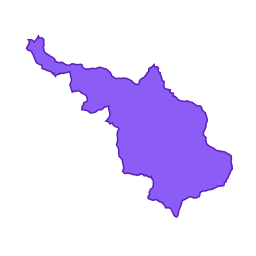 outline of Frodisia, Nicosia, Cyprus, rotated 274°
{"feature_id": "46923920B95052440954476", "entity_name": "Frodisia", "entity_type": "district", "adm_level": 2, "iso_a3": "CYP", "parent_name": "Cyprus", "parent_adm1": "Nicosia", "projection": "albers", "projection_center": [32.668, 35.09], "detail": "fine", "context": "isolated", "style": "filled", "palette": "violet", "viewbox_px": 256, "rotation_deg": 274, "n_neighbors": 0, "source": "geoboundaries", "source_scale": "gbopen_adm2", "svg_char_len": 5697}
<svg xmlns="http://www.w3.org/2000/svg" viewBox="0 0 256 256"><g transform="rotate(274 128 128)"><path d="M105.5,233.0L105.7,232.8L106.5,232.9L107.2,233.0L107.8,232.6L108.3,231.1L109.1,230.4L109.3,229.3L109.8,228.4L110.3,227.5L110.6,226.7L111.1,225.4L111.0,223.5L111.5,221.7L111.5,220.5L111.6,218.8L111.8,217.9L112.3,216.9L112.9,216.1L113.5,215.2L114.2,213.9L114.6,212.8L115.0,211.7L115.5,210.6L116.0,209.8L116.6,209.0L117.2,208.3L117.7,207.7L118.5,207.2L120.1,206.9L121.4,206.4L122.3,206.2L123.1,206.7L123.8,206.5L124.6,205.8L125.1,204.8L126.2,204.1L127.1,203.7L128.6,203.6L130.1,204.0L131.4,204.5L132.8,205.2L134.8,205.7L135.8,205.6L137.7,205.5L139.5,206.3L140.9,206.6L142.1,206.4L143.5,206.0L145.5,205.3L146.9,204.7L148.5,204.1L149.2,203.1L150.5,201.6L151.2,200.7L153.0,200.3L154.5,199.3L155.2,198.1L154.8,196.6L155.3,194.9L156.0,193.4L157.9,190.5L158.2,188.8L158.4,187.2L159.3,185.3L158.5,183.2L158.7,179.8L158.8,178.2L159.5,176.8L160.0,175.8L160.4,175.0L161.4,174.6L162.0,173.7L162.9,172.5L162.5,171.4L163.1,170.6L164.3,171.0L165.7,170.8L166.2,170.0L166.1,168.4L166.4,167.3L167.6,167.5L169.2,167.5L169.0,166.3L169.5,164.9L169.4,163.3L170.2,161.6L171.8,161.1L172.9,160.9L174.7,160.5L175.6,160.9L177.1,160.7L177.5,158.9L178.4,158.6L180.4,158.1L181.4,157.5L183.0,157.1L184.1,156.1L185.4,156.3L186.0,154.8L187.8,153.7L189.4,154.4L190.8,153.4L191.3,152.5L190.4,150.8L191.4,150.1L193.1,149.6L191.9,148.6L190.9,147.7L190.0,147.5L189.9,146.0L189.0,145.7L188.7,144.6L187.3,144.6L185.9,144.8L184.8,143.6L183.7,142.8L182.5,142.7L181.3,141.6L179.5,140.4L178.8,138.8L178.1,138.0L177.2,137.2L176.4,136.5L175.3,136.1L174.1,135.9L172.9,135.9L172.2,134.5L172.2,132.9L173.5,130.2L174.6,129.1L175.3,128.4L175.8,127.2L176.5,125.6L177.0,124.2L177.3,123.2L177.5,121.8L177.5,120.2L177.3,118.9L176.9,117.7L177.1,116.5L177.0,115.0L176.7,113.9L176.4,112.4L177.3,110.7L178.6,108.4L179.6,107.8L180.7,107.4L181.9,106.6L182.7,105.7L183.3,104.7L184.2,104.0L184.9,102.7L185.4,101.8L185.6,100.7L185.6,99.8L185.8,99.0L186.4,97.3L186.7,96.0L186.2,94.3L185.9,93.4L185.4,92.5L184.8,90.5L185.0,89.0L184.9,86.9L183.9,85.3L184.2,84.1L183.8,83.2L184.0,82.4L184.0,81.2L184.3,80.3L185.0,78.9L186.1,78.0L188.0,77.6L188.3,75.8L187.6,73.9L187.9,70.3L188.2,68.9L188.1,67.4L187.4,66.7L186.6,65.5L186.5,63.0L186.8,61.7L187.5,60.4L187.9,59.5L188.8,58.3L188.9,56.6L188.1,55.5L188.7,53.9L188.7,52.5L189.4,51.7L189.3,50.5L191.6,50.2L193.4,47.6L193.8,46.2L196.1,42.5L196.7,41.0L198.6,39.0L200.0,38.7L201.7,38.2L202.9,37.8L204.0,38.1L205.1,38.5L206.7,38.0L208.3,38.0L209.9,38.0L211.3,37.0L211.9,35.7L211.7,33.0L213.5,32.3L211.1,31.1L209.4,30.0L207.2,28.5L208.4,27.3L209.3,25.7L209.1,22.6L208.6,23.2L207.1,23.2L206.2,23.7L203.7,22.6L202.6,22.2L201.1,21.4L200.5,21.1L198.6,22.8L198.0,26.0L194.5,28.3L186.9,31.9L185.2,35.2L185.0,37.3L183.2,38.2L181.6,38.0L180.8,39.6L180.9,41.1L179.8,42.7L179.3,45.3L178.8,47.4L177.7,48.1L177.6,50.1L176.5,49.6L176.3,50.6L174.5,52.0L175.9,52.6L176.4,53.9L176.7,54.7L176.9,55.9L177.8,56.3L178.0,59.7L180.0,66.0L171.7,68.4L167.1,67.0L159.9,69.9L160.8,70.6L160.6,72.4L161.6,74.7L161.4,77.2L159.7,79.1L158.6,82.2L157.0,84.3L153.6,85.5L151.9,85.4L150.0,82.0L148.2,82.0L146.3,80.7L143.0,80.7L143.0,81.6L143.0,82.3L142.8,84.2L142.8,84.9L142.1,86.9L142.0,87.3L141.5,87.8L140.7,88.6L140.6,89.2L140.4,90.5L140.7,91.6L141.0,92.9L141.3,93.6L141.8,94.7L144.4,97.7L144.1,99.6L144.9,100.9L145.2,101.4L146.9,102.7L147.6,104.4L148.5,107.2L146.1,107.3L144.7,107.7L143.5,108.2L142.8,108.6L141.3,108.8L139.5,109.1L138.0,108.6L137.4,108.4L134.8,106.8L133.4,105.4L132.9,108.1L130.8,109.6L131.3,110.8L131.8,112.0L131.0,112.4L130.2,112.9L129.5,113.8L128.6,115.0L128.5,115.5L128.0,116.9L127.7,118.2L126.2,119.0L125.2,118.5L123.7,117.9L122.8,117.8L120.5,117.6L118.9,118.0L118.2,118.1L116.5,118.4L113.7,118.4L112.8,118.4L110.6,117.6L109.9,118.1L108.4,119.2L105.8,120.3L102.3,120.4L99.0,121.2L97.7,122.7L96.5,123.9L96.1,124.3L93.4,125.1L92.7,125.3L90.4,126.0L88.3,126.4L88.2,126.4L86.5,126.4L84.5,125.6L82.4,127.8L82.6,129.7L83.0,131.1L82.4,134.6L82.1,135.4L81.7,137.9L81.9,138.7L81.4,140.5L82.0,141.4L81.9,142.5L82.7,142.7L82.9,143.3L82.7,143.8L82.8,144.2L83.2,144.2L83.3,144.5L82.9,145.7L82.5,146.2L82.6,146.9L82.3,147.1L81.8,147.1L81.4,147.5L81.6,148.6L82.1,149.3L81.9,150.0L81.5,150.1L80.9,151.4L80.8,151.9L80.3,152.6L80.8,153.3L80.8,154.2L81.2,154.6L80.8,154.8L80.1,154.5L79.9,154.7L79.9,154.9L79.6,155.1L79.3,155.4L79.1,155.3L78.6,155.8L78.2,156.1L77.8,156.5L77.2,156.8L75.9,157.1L73.1,157.2L72.4,157.2L70.2,156.8L70.2,156.7L68.2,154.6L67.0,154.2L64.9,153.6L63.5,154.4L63.2,154.2L61.7,153.1L61.0,153.0L60.0,152.7L58.7,153.7L58.5,155.1L57.6,157.6L58.5,161.0L58.6,161.4L58.4,161.7L57.8,162.4L57.4,163.5L57.0,163.9L56.8,164.6L56.6,164.8L56.4,165.2L56.6,165.9L56.2,166.9L55.5,167.4L55.6,168.1L54.7,168.4L52.7,170.6L51.3,170.7L50.9,171.3L51.2,172.3L51.0,176.0L49.9,176.6L48.9,177.4L46.1,179.0L43.7,180.2L43.2,181.6L42.5,182.2L42.8,183.0L43.8,183.6L44.4,183.8L45.2,184.1L45.9,184.1L46.8,183.9L47.1,184.2L48.7,184.4L51.5,185.2L53.5,185.9L58.3,187.1L59.4,187.3L61.2,190.6L63.7,194.2L63.5,196.7L62.8,198.1L63.1,200.4L63.2,201.6L64.2,202.5L64.5,203.8L66.3,204.3L67.8,204.3L69.5,205.3L70.7,208.0L70.5,209.5L72.3,213.6L72.4,215.6L73.9,218.2L74.4,218.9L74.6,219.5L75.1,220.6L75.5,221.1L76.2,221.9L76.2,222.6L76.4,223.4L76.5,224.1L76.8,224.8L76.8,226.2L77.1,227.0L77.2,227.5L78.9,228.0L80.2,228.0L80.7,228.7L81.4,229.7L81.9,229.7L83.1,229.8L84.0,230.1L84.6,230.9L85.2,231.2L85.8,231.4L86.7,231.7L88.0,232.0L89.1,232.5L90.2,233.0L91.5,233.5L93.0,233.6L94.1,234.9L94.9,234.8L95.8,234.6L96.8,234.6L97.6,234.4L98.9,233.9L100.1,233.6L101.2,233.2L102.4,233.1L103.7,233.2L104.9,233.4L105.5,233.0Z" fill="#8b5cf6" stroke="#5b21b6" stroke-width="1.5"/></g></svg>